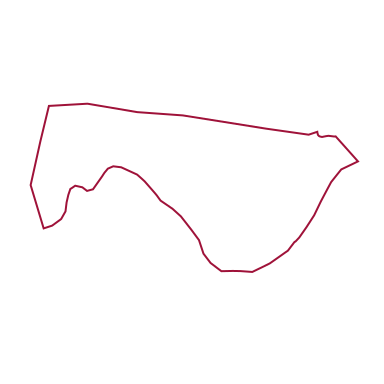 Derniere Riviere/Fond Petit, Dennery, Saint Lucia (orthographic projection), rotated 187°
{"feature_id": "8701671B2567370595513", "entity_name": "Derniere Riviere/Fond Petit", "entity_type": "district", "adm_level": 2, "iso_a3": "LCA", "parent_name": "Saint Lucia", "parent_adm1": "Dennery", "projection": "orthographic", "projection_center": [-60.931, 13.967], "detail": "fine", "context": "isolated", "style": "outline", "palette": "rose", "viewbox_px": 384, "rotation_deg": 187, "n_neighbors": 0, "source": "geoboundaries", "source_scale": "gbopen_adm2", "svg_char_len": 1303}
<svg xmlns="http://www.w3.org/2000/svg" viewBox="0 0 384 384"><g transform="rotate(187 192 192)"><path d="M344.5,260.0L348.7,223.6L353.0,179.2L334.8,137.8L327.3,141.3L326.7,141.6L318.9,148.9L318.5,149.4L315.8,155.9L315.2,157.3L315.2,166.4L314.5,173.1L314.4,174.1L313.1,180.2L311.5,181.5L308.7,184.0L301.4,183.3L297.5,181.0L296.3,180.3L292.9,181.7L290.6,182.6L283.0,196.8L282.3,198.3L281.2,200.5L279.7,202.8L278.4,204.9L273.3,207.9L265.3,207.9L254.9,204.6L248.6,202.6L243.5,199.1L240.3,196.8L236.5,193.4L231.7,189.1L228.5,186.2L226.5,184.3L224.2,181.8L222.1,179.6L216.5,176.7L209.2,172.9L200.7,166.9L200.1,166.5L188.2,154.6L179.2,145.1L173.1,132.2L164.9,123.8L153.4,117.1L153.1,117.0L142.0,118.6L134.4,119.4L122.4,120.0L115.3,124.6L114.8,124.9L106.1,130.6L99.9,136.2L95.6,140.1L92.1,143.3L89.7,145.4L84.4,154.5L84.0,155.1L83.6,155.2L83.3,155.4L80.0,159.9L79.2,161.4L74.1,171.0L67.9,183.8L63.0,198.2L61.3,202.7L57.9,211.6L56.5,215.2L55.1,218.8L50.2,226.8L46.6,232.6L35.5,239.7L31.0,242.6L44.2,254.2L56.2,264.7L57.6,264.4L61.3,264.4L63.4,264.4L66.0,263.7L66.5,263.5L67.5,263.2L69.5,262.5L70.1,262.5L71.8,262.7L72.1,262.8L72.9,263.1L74.0,264.1L74.3,265.0L74.8,266.2L75.0,267.0L83.2,263.1L126.1,263.9L210.4,266.9L256.2,264.6L306.5,266.9L344.5,260.0Z" fill="none" stroke="#9f1239" stroke-width="2"/></g></svg>